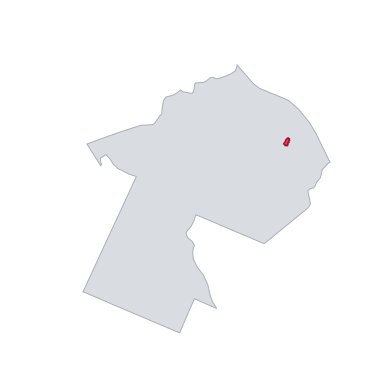 San Antonio Suchitepéquez, Suchitepéquez, Guatemala shown in context, rotated 203°
{"feature_id": "79465075B26922695910316", "entity_name": "San Antonio Suchitepéquez", "entity_type": "district", "adm_level": 2, "iso_a3": "GTM", "parent_name": "Guatemala", "parent_adm1": "Suchitepéquez", "projection": "robinson", "projection_center": [-91.412, 14.514], "detail": "fine", "context": "in_parent", "style": "filled", "palette": "rose", "viewbox_px": 384, "rotation_deg": 203, "n_neighbors": 0, "source": "geoboundaries", "source_scale": "gbopen_adm2", "svg_char_len": 2637}
<svg xmlns="http://www.w3.org/2000/svg" viewBox="0 0 384 384"><g transform="rotate(203 192 192)"><path d="M76.5,273.2L78.0,271.5L79.3,267.6L80.9,263.6L79.9,259.0L79.4,255.2L81.1,249.7L81.0,245.6L81.8,243.1L84.4,241.4L85.8,238.3L78.4,227.5L78.4,225.1L79.4,222.0L85.4,210.5L92.6,196.8L100.6,181.7L105.4,172.6L122.8,172.6L134.3,172.6L148.9,172.6L164.9,172.6L175.3,172.6L179.6,172.5L178.9,166.5L179.4,160.0L181.3,154.1L181.3,151.5L178.2,148.3L172.2,146.4L168.8,143.6L168.8,140.0L167.3,135.6L164.4,130.6L158.3,125.3L149.1,120.0L141.3,112.9L134.8,103.9L129.4,98.1L125.2,95.7L124.2,94.4L136.5,94.5L148.1,94.7L148.2,81.8L148.3,70.4L148.3,57.5L169.4,57.5L194.6,57.5L220.7,57.5L241.2,57.6L253.3,57.6L252.8,73.6L252.2,92.1L251.8,105.7L251.2,123.9L250.6,142.5L249.8,167.8L249.3,184.2L249.6,184.6L256.4,183.8L266.6,184.5L269.1,184.5L272.2,185.9L274.6,186.3L279.8,190.0L285.8,192.8L289.7,187.2L287.6,183.8L286.1,182.0L286.3,180.5L307.5,195.1L305.0,197.4L299.6,202.6L290.0,211.5L281.3,219.4L272.9,226.7L265.4,233.2L264.5,233.8L254.9,238.4L253.3,240.6L251.3,249.8L250.4,252.0L252.1,257.1L253.9,265.0L253.3,269.1L246.7,274.2L243.7,278.8L242.3,281.7L241.1,281.0L239.1,280.7L234.3,281.9L232.1,282.1L230.1,283.4L230.0,286.3L231.2,290.9L231.7,293.3L230.4,294.3L224.5,297.1L222.2,299.8L220.0,304.1L217.5,305.9L214.8,305.5L212.9,306.2L208.9,309.3L202.8,315.5L199.5,320.1L199.5,323.5L200.1,326.5L177.9,315.7L170.5,313.8L139.4,314.1L126.0,309.8L110.8,301.6L100.5,294.1L76.5,273.2Z" fill="#d9dde1" stroke="#a8b0b8" stroke-width="1"/><path d="M124.4,271.1L124.2,271.2L123.9,271.3L123.7,271.6L123.4,271.6L123.3,272.0L123.2,272.2L123.0,271.9L122.9,271.9L122.7,271.8L122.4,272.1L122.2,272.1L122.2,272.8L122.2,273.0L122.3,273.2L122.4,273.6L122.5,273.6L122.6,273.8L122.8,274.1L122.9,274.6L123.1,274.8L122.9,274.9L122.8,275.0L122.7,275.1L122.7,275.3L122.3,275.2L122.2,275.3L122.2,275.7L122.3,275.9L122.4,276.5L122.5,276.9L122.6,277.0L122.6,277.4L122.5,277.6L122.8,277.7L122.9,277.8L122.9,278.0L122.8,278.3L123.0,278.7L123.1,278.9L123.3,278.7L123.4,278.2L123.5,278.3L123.5,278.5L123.8,278.7L123.8,278.8L123.7,279.1L123.8,279.2L124.1,279.3L124.4,279.3L124.4,279.1L124.5,278.9L124.8,278.8L125.0,278.9L125.3,278.7L125.5,278.3L125.5,278.2L125.4,277.8L125.4,277.6L125.5,277.4L125.7,277.2L125.7,276.9L125.8,276.7L126.0,276.5L125.9,276.4L125.9,276.0L125.8,275.7L125.9,275.4L125.8,275.0L125.9,274.4L126.1,274.1L126.2,273.8L126.2,273.5L126.2,273.3L126.2,273.1L126.3,272.7L126.4,272.1L126.2,272.0L125.8,272.0L125.6,271.9L125.4,271.9L125.1,271.9L124.9,271.9L124.8,271.7L124.7,271.5L124.6,271.3L124.5,271.1L124.4,271.1Z" fill="#f43f5e" stroke="#9f1239" stroke-width="1.5"/></g></svg>